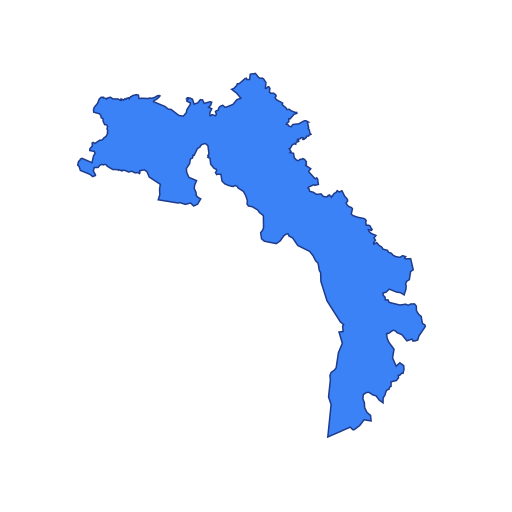 the border of Inner Mongol, rotated 255°
{"feature_id": "CHN-1838", "entity_name": "Inner Mongol", "entity_type": "Autonomous Region", "adm_level": 1, "iso_a3": "CHN", "parent_name": "China", "parent_adm1": "", "projection": "albers", "projection_center": [116.94, 45.357], "detail": "fine", "context": "isolated", "style": "filled", "palette": "blue", "viewbox_px": 512, "rotation_deg": 255, "n_neighbors": 0, "source": "natural_earth", "source_scale": "10m", "svg_char_len": 6142}
<svg xmlns="http://www.w3.org/2000/svg" viewBox="0 0 512 512"><g transform="rotate(255 256 256)"><path d="M325.5,217.4L321.2,213.0L320.4,208.7L324.1,206.6L324.2,201.0L327.2,196.5L327.3,194.5L335.6,176.1L340.2,179.0L345.4,180.1L350.0,182.1L359.9,173.3L365.4,172.6L368.1,170.5L368.5,165.7L366.3,165.4L365.8,164.7L367.1,163.7L367.6,160.7L370.0,158.0L370.1,154.7L372.7,151.4L373.2,149.5L372.9,148.6L373.5,148.6L373.6,147.5L374.7,146.3L374.4,145.3L375.1,145.0L376.7,139.9L381.2,135.6L383.0,134.8L383.7,133.3L383.5,132.1L384.4,130.8L384.0,128.5L382.4,126.4L383.3,122.6L380.1,120.9L375.7,122.0L375.2,121.4L375.0,118.8L377.9,116.7L384.1,108.5L388.2,108.3L390.0,107.3L393.3,109.1L393.9,110.6L395.0,111.4L395.4,113.2L388.6,121.7L395.0,125.1L396.7,127.2L398.9,126.8L400.9,122.7L402.6,123.3L404.6,126.3L407.6,127.0L407.8,128.2L406.4,129.5L408.3,135.0L407.8,137.2L409.6,139.9L410.3,142.1L413.0,144.5L414.0,144.4L415.2,145.2L417.5,145.0L419.6,146.2L421.4,145.6L422.1,143.8L425.9,143.2L428.4,143.8L429.5,142.3L431.9,142.5L433.8,141.7L436.9,136.5L439.4,136.9L441.4,138.2L444.5,142.5L448.2,145.2L449.4,147.5L448.8,149.6L448.3,149.3L447.0,151.9L446.2,152.3L447.0,153.3L447.1,156.4L444.7,158.6L443.4,163.3L441.5,165.4L442.4,166.1L441.4,166.4L442.1,167.1L440.9,168.4L441.8,169.8L441.0,171.0L441.7,171.5L441.8,173.8L440.7,174.2L442.3,176.0L442.1,176.7L442.9,178.2L442.8,182.3L441.8,184.1L438.5,183.7L438.0,185.0L438.1,186.0L436.1,192.4L436.1,194.4L435.3,196.0L435.5,199.7L436.3,202.2L436.0,204.3L435.5,204.7L434.6,203.5L433.0,200.3L432.6,197.7L431.6,196.9L424.0,206.8L420.5,209.3L419.6,211.9L411.7,217.9L409.9,221.9L412.4,225.7L415.3,227.2L419.4,231.7L420.9,232.2L423.4,229.3L424.3,229.5L424.8,230.8L425.5,230.8L425.9,229.6L426.4,230.2L426.6,231.1L425.6,233.2L423.9,235.2L418.8,235.5L418.9,239.3L421.4,242.7L420.7,244.7L416.8,245.5L416.9,251.6L416.0,253.0L413.3,251.2L411.9,248.7L409.7,251.4L406.4,248.5L403.5,247.9L403.2,248.3L403.9,250.2L401.9,253.3L403.4,254.5L405.8,254.1L406.5,255.1L406.6,257.2L408.7,258.4L409.9,260.3L410.2,262.9L407.8,264.5L407.5,265.6L408.4,273.0L412.0,278.0L412.3,282.2L418.2,279.5L423.3,275.6L423.6,278.0L425.7,281.5L427.2,282.5L426.9,284.6L430.2,291.3L430.2,292.7L428.9,292.7L428.1,295.5L433.1,297.5L432.5,302.7L427.6,304.8L426.6,306.0L426.2,308.1L425.1,309.1L421.0,310.5L415.6,308.5L415.3,309.4L416.4,311.5L416.0,312.3L414.3,312.8L410.9,311.4L409.4,312.4L408.7,315.1L406.6,316.8L405.3,316.9L404.1,315.4L401.8,316.1L396.8,321.3L395.3,320.5L391.4,323.3L389.5,323.7L389.1,326.1L387.3,327.4L384.7,330.8L384.1,332.5L383.2,332.4L383.1,329.5L379.6,324.4L380.1,323.1L377.2,322.4L376.3,320.1L375.3,319.4L374.7,320.8L373.0,321.4L371.7,323.4L373.5,325.6L372.6,331.5L374.1,337.6L373.8,339.2L371.9,341.2L372.0,340.3L366.6,340.1L365.8,339.3L364.3,340.1L361.0,339.9L359.3,340.6L359.0,338.4L358.3,337.9L358.6,335.8L357.4,335.2L356.2,332.3L356.6,331.4L357.8,332.3L358.3,331.6L358.6,330.1L357.9,329.2L357.9,326.3L357.2,325.9L356.6,327.0L355.7,327.0L355.3,324.1L353.7,323.3L354.4,322.2L354.2,320.1L351.0,316.8L351.0,315.8L348.0,316.9L347.1,315.6L345.5,318.8L341.1,318.4L338.0,320.0L337.1,321.7L338.0,323.7L337.5,325.4L338.0,326.4L336.7,327.9L333.9,329.1L333.0,328.3L331.8,328.6L330.7,327.4L326.1,331.5L324.4,329.0L323.6,328.8L315.8,332.8L315.3,333.4L315.7,334.9L314.3,335.4L309.0,334.8L309.0,331.2L309.9,330.2L308.9,324.4L308.3,323.8L307.5,324.5L304.6,324.6L302.7,327.9L299.9,330.3L299.1,335.0L296.6,336.1L295.2,338.1L294.9,340.6L295.9,341.4L295.9,342.9L294.6,343.1L294.2,344.4L293.5,344.3L296.2,347.7L296.6,349.7L298.1,351.3L296.2,353.1L296.8,355.9L290.8,357.1L287.2,358.9L285.4,358.8L284.0,356.8L282.2,357.1L280.1,358.1L278.0,360.8L276.6,361.4L272.0,358.9L270.1,359.9L267.2,364.1L264.3,369.9L263.0,371.1L261.6,371.6L260.5,370.8L257.2,370.4L256.6,372.7L255.3,374.1L252.6,374.4L251.7,375.1L250.8,374.2L252.4,371.4L250.7,371.4L247.9,373.2L244.8,377.2L242.9,374.6L240.3,375.5L238.5,373.1L237.1,372.9L237.7,376.0L234.4,377.6L232.0,379.8L229.7,380.5L227.5,384.4L225.2,385.0L223.6,387.5L221.4,388.5L219.2,390.9L217.4,394.8L218.4,397.5L216.7,400.4L215.5,398.9L214.5,399.7L213.4,404.7L202.0,404.3L201.0,401.3L193.5,398.0L192.5,394.9L190.2,393.2L188.6,393.4L185.2,392.3L180.1,389.0L183.2,386.1L184.6,382.7L189.5,376.1L187.4,372.3L187.3,368.9L184.9,368.8L183.0,370.0L180.1,369.6L179.4,372.2L176.8,372.5L171.4,382.3L170.7,388.2L169.0,390.2L169.6,393.2L168.7,396.7L166.1,397.9L162.1,396.9L160.1,397.2L157.2,398.2L155.0,399.9L147.8,399.3L145.7,401.3L144.0,401.2L136.5,392.6L133.0,390.5L132.8,387.6L133.2,385.6L135.4,385.1L135.0,379.8L142.2,376.6L145.7,372.2L147.4,371.5L148.5,369.9L148.7,368.6L146.9,364.1L147.3,362.1L142.8,361.4L138.3,362.0L130.2,365.2L122.2,361.5L113.3,362.9L115.6,367.3L111.9,370.3L108.2,369.6L104.6,367.6L105.1,366.5L103.6,364.0L103.9,362.5L101.5,362.2L99.4,359.4L99.5,353.9L95.1,352.7L94.9,351.3L92.8,349.9L92.8,348.1L92.0,346.9L88.0,344.3L86.1,342.1L81.3,340.7L85.0,337.7L89.8,335.8L91.7,332.8L95.1,329.8L95.6,327.3L94.3,323.7L90.4,322.3L86.3,322.7L81.4,321.7L76.2,322.7L72.3,325.4L66.9,324.5L69.8,318.0L65.5,312.4L62.8,305.9L63.1,304.6L66.3,302.7L62.6,278.5L93.1,290.1L101.1,289.6L117.2,295.8L121.5,296.5L124.1,298.5L125.6,302.4L127.3,304.5L141.3,310.6L149.3,316.8L161.1,316.5L160.5,320.6L166.0,321.6L167.0,322.9L170.6,320.4L194.3,313.0L214.6,312.1L223.2,314.1L225.6,313.4L233.0,314.1L235.8,312.4L241.5,311.2L246.6,309.0L255.3,299.1L263.9,296.1L266.7,293.1L269.2,292.6L269.4,290.9L268.2,287.9L264.4,283.4L262.7,278.8L268.1,267.9L271.2,265.8L277.3,266.5L279.5,269.4L281.7,270.7L293.2,273.6L297.2,270.5L300.0,269.6L304.6,265.1L306.3,261.6L308.6,260.8L311.7,262.0L317.1,261.7L321.6,260.6L326.2,256.4L328.4,255.7L329.5,253.9L329.0,251.9L331.0,248.1L333.8,244.5L337.1,242.6L344.0,243.2L345.0,240.0L344.8,239.1L347.1,238.4L348.5,240.1L350.1,240.0L351.4,238.3L356.3,236.0L362.2,236.8L363.9,235.0L364.7,236.1L365.5,235.5L366.8,237.0L374.9,238.1L377.2,236.7L377.9,235.5L377.6,232.0L375.9,230.2L374.8,227.1L369.2,222.3L369.6,221.1L367.2,220.2L366.5,217.6L362.4,215.8L358.5,211.4L354.7,210.7L349.4,211.5L344.2,218.1L340.4,215.1L337.2,213.8L333.1,214.5L329.8,214.0L327.7,215.1L325.5,217.4Z" fill="#3b82f6" stroke="#1e3a8a" stroke-width="1.5"/></g></svg>